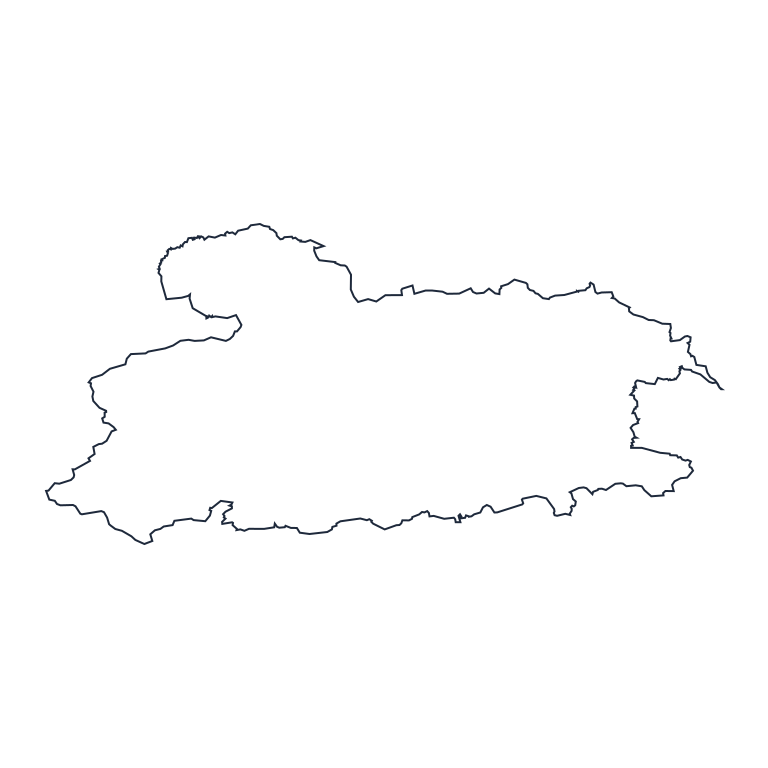 Macroom Lea-6, Cork, Ireland
{"feature_id": "5873133B25756375031462", "entity_name": "Macroom Lea-6", "entity_type": "district", "adm_level": 2, "iso_a3": "IRL", "parent_name": "Ireland", "parent_adm1": "Cork", "projection": "robinson", "projection_center": [-8.909, 51.94], "detail": "fine", "context": "isolated", "style": "outline", "palette": "slate", "viewbox_px": 768, "rotation_deg": 0, "n_neighbors": 0, "source": "geoboundaries", "source_scale": "gbopen_adm2", "svg_char_len": 6097}
<svg xmlns="http://www.w3.org/2000/svg" viewBox="0 0 768 768"><path d="M188.4,238.2L186.9,242.1L185.0,242.0L182.9,244.3L182.5,246.3L180.7,245.4L179.7,247.7L177.3,247.2L175.2,248.6L172.6,248.9L171.0,248.0L170.9,249.4L169.3,248.9L167.9,250.1L168.1,251.4L167.1,251.5L167.9,253.1L167.1,255.7L165.0,256.1L164.9,257.8L161.5,259.4L162.2,260.5L161.0,260.9L161.2,262.7L159.9,263.5L160.5,264.2L158.9,266.7L159.7,268.8L158.5,269.2L159.4,269.8L158.5,272.9L161.4,276.3L161.3,281.4L166.4,299.2L181.7,297.7L188.2,295.9L190.0,294.4L189.6,298.6L192.7,308.2L206.3,316.2L206.4,318.4L207.7,317.8L207.5,316.4L208.7,316.8L209.2,315.6L211.1,317.1L212.2,316.0L212.4,317.1L215.4,316.4L227.2,318.1L236.0,315.1L241.4,324.9L240.6,327.1L237.0,331.4L234.9,331.4L233.1,335.9L229.8,339.0L225.9,340.9L211.0,337.3L203.9,340.4L194.6,340.9L188.6,339.8L180.4,340.8L173.1,345.5L165.2,348.4L148.3,351.6L145.6,353.4L130.9,354.1L126.8,358.7L125.4,364.3L109.9,368.8L102.1,374.8L92.0,378.1L88.7,382.4L91.0,383.3L90.6,386.0L93.5,391.7L92.4,396.5L93.3,401.0L99.5,407.8L106.1,410.8L106.2,412.0L104.6,412.7L104.7,416.8L102.2,418.4L103.5,422.6L108.6,423.4L113.6,427.1L115.8,429.8L111.6,431.4L106.6,440.8L102.1,443.7L98.8,444.1L93.3,446.9L94.6,454.0L88.5,458.3L90.0,460.9L74.8,469.4L72.6,469.3L74.2,475.0L73.6,477.4L70.9,480.0L59.3,483.7L54.7,483.2L48.5,490.6L46.1,490.9L49.3,499.6L54.8,500.8L57.0,504.0L60.4,505.3L73.0,505.0L75.5,506.3L80.3,513.7L81.9,514.3L101.3,511.1L104.0,512.2L107.1,517.6L109.1,524.2L110.6,525.5L115.3,529.0L121.9,530.8L131.4,536.3L135.3,539.9L144.3,544.0L152.3,541.0L150.3,534.3L154.9,530.3L160.4,528.9L163.7,526.5L172.6,525.1L174.4,520.8L191.3,518.6L193.6,520.1L205.3,521.2L209.9,515.6L211.2,510.9L209.5,510.1L210.2,507.8L211.8,508.1L220.8,500.9L232.4,502.5L231.4,504.6L229.5,505.6L231.9,506.4L231.9,508.4L225.5,511.7L223.1,514.2L224.5,516.0L223.8,517.4L225.5,518.6L222.1,521.9L222.3,523.9L232.1,522.3L233.0,522.9L232.6,525.1L236.9,528.9L236.5,530.1L240.4,529.4L244.4,530.8L249.0,528.8L264.0,528.9L274.2,527.3L274.8,523.6L277.1,526.8L279.3,527.7L284.8,527.2L285.5,525.8L290.8,527.9L296.9,528.0L299.8,532.7L309.5,534.0L327.3,532.0L331.9,529.4L332.4,526.9L336.5,525.7L336.4,523.6L340.4,521.3L360.3,518.5L366.9,520.2L369.3,519.2L371.9,520.8L371.3,521.8L373.2,523.7L384.7,529.4L396.4,525.2L399.5,525.0L401.3,523.3L402.4,520.3L409.0,520.4L412.0,518.8L412.3,517.1L419.2,514.4L422.0,512.0L424.5,512.4L427.2,511.1L428.9,513.0L429.5,516.4L433.7,515.9L444.2,518.8L453.9,517.7L455.2,519.2L455.7,522.2L460.4,522.2L458.5,515.8L460.0,514.3L461.3,516.4L460.1,517.1L461.1,518.3L465.1,517.8L466.0,515.4L468.8,516.3L468.0,516.9L471.5,516.3L474.2,514.3L480.3,512.5L483.0,507.3L486.8,505.0L490.6,506.7L494.4,512.5L497.2,512.4L522.3,504.4L523.2,503.3L521.9,499.6L522.7,498.7L536.3,495.9L546.4,498.4L554.1,509.0L554.5,511.5L553.8,512.9L554.6,515.2L557.1,515.8L565.3,513.8L570.2,515.0L569.7,513.7L571.6,510.9L571.7,508.7L570.8,507.2L572.2,505.7L573.8,506.4L575.2,505.3L575.8,501.5L573.0,499.1L571.4,493.4L569.8,492.2L578.8,488.0L583.6,487.4L586.5,488.2L592.4,494.2L593.1,491.8L597.8,490.0L598.3,488.9L601.9,488.7L606.0,490.0L615.3,483.8L620.8,483.3L622.9,483.6L626.4,486.2L635.7,485.3L641.8,486.3L644.3,490.1L651.3,496.3L663.5,495.4L663.1,493.1L665.4,491.0L673.7,491.1L672.1,484.9L674.6,481.3L680.7,478.2L687.2,477.6L693.0,470.7L691.4,467.7L689.8,467.1L689.2,465.0L690.9,461.5L687.7,459.9L685.5,460.6L682.2,459.5L680.5,457.0L678.2,457.6L676.8,455.4L670.2,455.2L669.7,453.7L660.2,452.8L641.9,447.9L631.1,447.9L631.1,445.8L632.7,445.5L631.6,442.9L633.8,441.9L632.1,439.3L633.7,437.9L636.5,437.7L634.7,436.7L633.4,432.2L630.6,427.9L633.1,425.0L638.1,423.1L637.5,421.9L639.1,419.2L637.2,419.1L634.8,413.1L632.5,413.2L634.4,408.7L635.7,408.6L635.7,407.1L637.4,406.5L637.1,401.4L634.2,398.5L634.0,395.6L630.3,394.8L634.3,390.5L633.2,390.0L634.6,388.2L633.4,387.5L634.3,386.5L636.1,387.4L635.1,383.0L636.0,381.4L637.3,380.4L644.7,381.9L645.8,383.1L654.8,384.1L657.9,377.9L663.5,379.5L667.2,378.9L668.7,380.2L669.9,379.2L670.8,380.1L674.1,379.6L674.5,378.7L675.8,379.2L679.9,373.4L679.4,371.2L680.5,369.9L679.5,368.8L680.6,368.3L679.9,367.0L681.8,366.2L682.2,367.7L684.4,369.4L691.0,369.9L692.1,371.5L700.4,374.4L709.3,381.9L712.6,383.0L716.6,382.5L719.4,387.5L721.1,389.2L721.9,389.2L719.5,387.5L717.8,384.0L714.9,380.1L710.2,377.2L707.4,372.7L705.7,366.3L696.4,364.9L694.3,357.0L692.4,355.8L691.1,356.3L690.4,354.1L687.9,351.9L689.5,344.8L687.6,343.0L690.2,341.7L690.6,337.3L687.4,336.0L684.9,336.5L679.9,340.1L671.0,341.3L670.3,340.4L670.6,338.4L671.4,338.4L670.1,335.6L670.5,333.0L669.5,332.1L670.9,328.0L670.3,324.0L662.3,323.7L653.9,320.2L648.7,320.0L642.9,317.1L633.4,314.5L629.2,311.4L628.9,308.2L629.7,307.5L619.1,302.4L614.7,298.5L611.9,298.0L613.3,296.4L611.7,292.2L601.6,292.5L597.5,293.6L595.4,292.0L593.6,284.6L590.5,282.6L589.6,283.7L590.1,285.6L589.4,287.1L586.7,288.3L585.4,290.2L578.7,290.8L578.4,291.7L576.9,290.9L576.9,291.6L564.3,295.0L555.1,295.6L549.9,297.6L548.9,299.1L542.9,298.2L537.9,293.9L535.5,293.3L533.5,290.9L529.9,290.0L527.8,287.8L527.4,284.3L525.9,282.9L514.4,279.6L508.0,284.1L501.1,286.3L501.3,287.9L499.6,289.5L499.4,294.1L495.2,293.4L489.0,288.6L483.7,292.8L476.5,293.5L473.0,292.0L470.7,288.3L459.2,293.6L447.0,293.8L442.6,291.7L431.8,290.5L425.7,290.5L414.4,293.8L412.5,285.5L402.3,288.7L401.3,290.2L402.0,295.1L385.4,295.2L376.3,301.5L368.1,299.1L358.1,302.0L353.9,296.7L350.8,289.5L351.0,274.7L346.6,266.7L344.8,265.5L340.7,265.3L335.2,262.9L335.3,262.1L319.2,260.2L316.5,256.4L314.2,250.7L314.3,247.4L316.4,248.3L323.6,246.1L310.4,240.1L305.3,241.9L300.5,241.5L300.9,240.5L298.5,240.2L295.4,237.7L292.9,238.4L291.9,236.7L284.4,237.2L282.7,238.9L280.3,239.3L276.8,235.7L276.4,233.1L273.2,230.1L270.0,229.0L269.3,226.8L263.8,225.9L259.9,224.0L250.8,225.3L247.8,228.6L238.1,230.7L235.3,234.3L232.4,232.4L229.2,233.1L227.2,231.8L225.1,233.6L225.4,235.5L221.0,235.0L214.9,237.6L208.6,236.4L204.4,239.7L203.3,237.4L201.2,236.4L199.5,238.2L198.9,237.5L200.0,236.5L197.9,236.2L196.9,238.0L194.0,237.6L193.5,238.2L194.3,239.3L192.8,239.8L191.9,237.8L188.4,238.2Z" fill="none" stroke="#1e293b" stroke-width="2"/></svg>